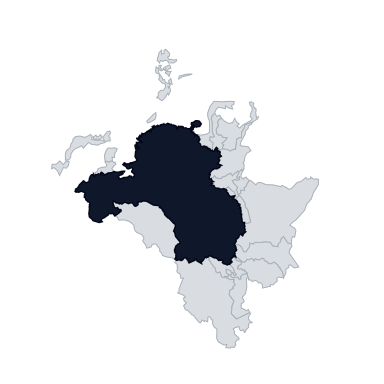 map of China with Kazakhstan, Uzbekistan, Thailand and 17 others greyed out, rotated 215°
{"feature_id": "CHN", "entity_name": "China", "entity_type": "country or territory", "adm_level": 0, "iso_a3": "CHN", "parent_name": "Asia", "parent_adm1": "", "projection": "albers", "projection_center": [106.815, 35.887], "detail": "fine", "context": "with_neighbors", "style": "filled", "palette": "ink", "viewbox_px": 384, "rotation_deg": 215, "n_neighbors": 20, "source": "natural_earth", "source_scale": "50m", "svg_char_len": 18962}
<svg xmlns="http://www.w3.org/2000/svg" viewBox="0 0 384 384"><g transform="rotate(215 192 192)"><path d="M166.5,127.0L164.1,129.1L161.9,129.1L160.9,132.9L159.1,134.3L154.3,131.8L150.7,138.2L143.5,138.9L144.1,146.2L142.0,146.7L141.6,148.9L140.0,147.9L139.1,146.1L130.7,143.1L129.6,143.2L126.3,140.3L124.5,140.6L123.3,142.7L119.4,139.8L117.5,139.7L116.3,141.1L109.9,142.4L107.7,144.6L106.7,144.2L106.7,142.2L103.3,140.6L104.0,137.4L102.8,136.8L104.6,133.2L102.6,129.2L94.9,126.6L94.1,122.2L90.0,114.9L82.7,113.6L75.6,126.5L74.3,125.9L74.1,122.2L72.9,120.3L69.7,119.3L68.0,119.8L68.3,118.9L69.8,117.8L70.0,116.4L68.0,113.5L68.8,109.8L68.0,108.1L68.6,107.0L70.7,108.7L72.3,106.3L74.6,107.0L76.4,108.7L78.8,105.7L79.6,103.4L77.2,102.1L75.8,100.1L69.7,99.3L68.9,98.0L70.2,96.5L70.3,93.3L68.6,92.3L68.3,88.9L71.2,87.3L71.0,86.2L75.1,83.9L76.0,87.2L77.8,85.0L84.4,84.3L87.8,86.2L93.0,94.1L96.1,94.0L99.6,95.8L101.6,99.1L102.7,98.4L105.8,100.1L107.2,98.7L104.7,94.6L107.7,94.0L107.7,92.9L110.3,93.0L109.9,89.9L111.4,89.2L120.1,91.8L121.5,91.4L127.5,92.5L130.0,91.8L133.7,94.1L133.0,98.0L135.7,98.0L138.1,100.2L137.2,102.1L139.5,102.6L146.3,101.1L145.1,102.0L147.2,105.7L149.8,116.5L151.6,114.9L154.4,117.9L158.2,117.8L159.3,118.8L160.0,121.3L161.6,122.4L162.3,124.2L165.6,124.4L166.5,127.0Z" fill="#d9dde1" stroke="#a8b0b8" stroke-width="1"/><path d="M75.6,126.5L82.7,113.6L90.0,114.9L94.1,122.2L94.9,126.6L102.6,129.2L104.6,133.2L102.8,136.8L104.0,137.4L103.3,140.6L106.7,142.2L106.7,144.2L107.7,144.6L109.9,142.4L116.3,141.1L116.9,141.8L113.8,143.3L115.2,145.5L117.5,145.3L120.0,148.4L115.5,149.8L112.4,148.4L112.4,147.2L113.6,145.7L109.7,145.1L105.7,148.7L103.5,147.6L102.1,148.9L103.8,150.6L103.3,153.6L100.2,156.7L96.8,154.4L97.8,152.2L92.8,145.9L89.9,139.5L90.4,135.1L89.9,134.1L87.0,132.8L86.4,131.6L87.5,128.6L85.1,125.0L81.9,125.9L79.1,126.0L78.5,128.0L75.6,126.5Z" fill="#d9dde1" stroke="#a8b0b8" stroke-width="1"/><path d="M210.0,269.3L206.3,268.7L201.2,269.2L198.5,272.2L199.3,276.8L195.7,274.9L192.3,274.8L193.1,271.9L189.6,271.7L189.0,275.7L184.8,284.1L184.9,286.8L187.6,287.1L189.1,290.6L189.6,293.7L191.8,295.9L194.4,296.5L196.5,298.5L195.0,299.9L192.2,300.1L191.9,298.3L188.6,296.5L187.8,297.1L186.2,295.6L185.6,293.8L181.7,289.7L180.8,291.8L180.2,289.7L182.4,284.1L187.1,277.2L185.8,273.7L185.7,269.8L182.6,264.7L184.0,264.1L185.6,260.9L180.6,251.8L182.2,251.2L184.3,247.2L186.9,247.3L191.4,245.0L193.0,246.3L193.0,248.7L195.6,249.0L194.4,253.0L194.3,256.4L198.4,254.3L199.5,255.1L201.8,255.0L202.6,253.7L205.5,254.1L208.3,257.3L208.4,261.0L211.5,264.4L211.3,267.6L210.0,269.3Z" fill="#d9dde1" stroke="#a8b0b8" stroke-width="1"/><path d="M218.6,269.6L215.1,268.2L213.3,270.8L210.0,269.3L211.3,267.6L211.5,264.4L208.4,261.0L208.3,257.3L205.5,254.1L202.6,253.7L201.8,255.0L199.5,255.1L198.4,254.3L194.3,256.4L194.4,253.0L195.6,249.0L193.0,248.7L193.0,246.3L191.4,245.0L192.3,243.7L195.6,241.3L195.9,242.3L197.8,242.5L197.5,238.0L199.4,237.5L203.0,244.3L207.5,244.5L208.9,247.9L206.5,248.8L205.3,250.2L209.8,252.6L215.3,260.5L218.3,263.1L219.3,265.8L218.6,269.6Z" fill="#d9dde1" stroke="#a8b0b8" stroke-width="1"/><path d="M191.4,245.0L186.9,247.3L184.3,247.2L182.2,251.2L180.6,251.8L185.6,260.9L184.0,264.1L182.6,264.7L185.7,269.8L185.8,273.7L187.1,277.2L182.4,284.1L182.2,281.3L183.7,278.6L182.5,276.3L183.2,272.3L181.7,270.2L180.6,260.8L179.2,257.5L171.8,261.3L167.4,259.6L169.3,255.0L168.9,251.4L166.6,246.6L167.2,245.3L165.1,244.5L162.9,241.0L163.1,237.9L164.3,238.7L164.8,235.9L166.7,235.3L166.5,233.6L167.5,232.4L168.2,228.4L170.9,229.6L172.9,226.6L173.3,224.7L175.6,221.7L175.8,219.4L180.5,217.2L182.9,218.2L182.9,215.7L184.1,215.1L184.0,213.6L186.0,213.5L187.0,215.9L188.4,217.0L187.8,223.2L184.2,226.2L183.4,230.8L187.2,230.5L187.8,234.2L190.0,235.1L188.7,238.2L192.8,240.7L195.6,239.7L195.6,241.3L192.3,243.7L191.4,245.0Z" fill="#d9dde1" stroke="#a8b0b8" stroke-width="1"/><path d="M206.2,283.3L209.7,281.9L214.0,281.7L212.3,279.4L219.1,276.6L219.5,272.1L218.6,269.6L219.3,265.8L218.3,263.1L215.3,260.5L209.8,252.6L205.3,250.2L206.5,248.8L208.9,247.9L207.5,244.5L203.0,244.3L199.4,237.5L201.4,236.7L207.9,236.5L211.0,234.4L212.7,235.9L216.0,236.6L215.4,238.9L217.2,240.5L220.9,241.5L216.0,244.8L212.8,248.4L212.0,251.1L218.4,260.1L222.0,262.5L224.4,265.5L226.4,272.4L226.0,278.9L218.0,283.9L214.6,286.9L209.4,290.3L208.0,287.9L209.2,285.4L206.2,283.3Z" fill="#d9dde1" stroke="#a8b0b8" stroke-width="1"/><path d="M281.2,148.8L284.1,151.3L283.0,151.3L281.5,154.4L282.3,157.2L279.9,160.6L277.1,162.9L277.1,165.2L280.4,166.9L280.2,167.9L276.9,169.1L276.1,171.1L274.7,171.6L273.1,171.1L272.1,172.4L271.8,171.7L270.1,171.0L271.2,168.6L270.8,167.9L271.1,165.6L270.8,165.0L267.5,164.1L269.4,161.2L272.1,158.4L273.5,155.3L275.1,156.2L277.6,155.9L276.7,153.9L280.6,151.3L281.2,148.8Z" fill="#d9dde1" stroke="#a8b0b8" stroke-width="1"/><path d="M274.7,171.6L276.1,171.1L276.9,169.1L280.2,167.9L280.4,166.9L284.0,170.9L285.3,173.3L286.3,177.8L285.7,180.2L283.1,181.6L281.0,183.7L278.2,184.6L277.5,182.5L277.4,179.5L275.3,175.7L277.4,174.6L274.7,171.6Z" fill="#d9dde1" stroke="#a8b0b8" stroke-width="1"/><path d="M167.6,126.9L170.3,126.7L175.7,124.2L179.8,123.0L181.8,124.5L184.4,124.9L185.8,126.9L191.9,128.7L194.6,126.2L193.8,123.9L196.7,120.1L199.4,121.9L204.5,123.7L204.8,126.6L208.3,128.3L214.0,127.2L216.5,127.7L219.0,129.6L220.6,131.6L226.3,132.0L231.9,130.1L235.5,127.1L237.0,127.4L238.5,128.6L241.5,128.0L239.0,135.1L239.8,136.6L241.3,136.0L243.9,136.3L245.8,134.7L248.0,135.7L250.7,138.1L250.6,139.5L248.5,139.3L244.7,140.3L242.9,141.6L241.2,144.4L237.2,146.3L234.6,148.5L230.2,147.6L228.9,150.3L230.3,153.0L226.5,156.7L223.2,158.2L219.0,158.4L214.4,159.8L211.0,161.9L209.8,160.6L206.3,160.5L202.2,157.9L199.4,157.2L195.6,157.5L186.7,155.9L185.3,153.3L184.5,149.6L182.8,148.9L179.8,146.1L173.2,143.8L172.5,142.0L174.2,137.6L172.9,134.2L169.5,132.1L167.7,129.7L167.6,126.9Z" fill="#d9dde1" stroke="#a8b0b8" stroke-width="1"/><path d="M184.0,213.6L184.1,215.1L182.9,215.7L182.9,218.2L180.5,217.2L175.8,219.4L175.6,221.7L173.3,224.7L172.9,226.6L170.9,229.6L168.2,228.4L167.5,232.4L166.5,233.6L166.7,235.3L164.8,235.9L163.8,229.5L162.8,229.4L161.9,231.8L160.2,229.5L161.6,227.4L163.3,227.5L165.4,224.4L163.5,223.4L157.0,221.9L157.1,219.2L155.5,218.7L153.1,216.5L151.4,218.9L153.5,221.4L151.1,222.5L150.0,223.7L152.0,225.2L151.0,227.4L151.7,230.5L151.7,233.7L150.9,235.1L143.8,234.5L143.5,237.4L141.1,239.2L135.3,240.6L130.1,244.1L122.5,247.3L122.1,249.0L116.2,249.9L114.4,249.6L112.5,252.1L111.4,260.1L108.8,263.0L107.1,269.1L105.0,268.7L102.5,270.8L103.4,272.4L99.4,272.3L97.4,274.3L95.5,274.8L92.7,270.4L92.1,260.9L90.3,254.7L91.0,247.5L89.3,241.5L90.8,229.0L92.3,224.6L92.9,220.9L87.0,221.2L84.7,219.9L82.0,213.8L84.1,213.1L83.7,211.3L81.0,206.6L84.2,205.1L91.5,207.9L92.0,204.5L90.9,202.0L91.6,199.0L90.1,196.5L95.1,194.0L98.8,195.7L103.5,193.0L106.8,189.9L111.2,187.1L112.0,184.4L115.4,183.1L113.5,180.4L113.4,173.8L115.4,172.7L119.7,175.1L123.2,175.6L127.1,173.3L129.0,178.7L127.8,181.8L128.5,184.1L127.8,186.0L125.7,184.9L125.4,189.3L131.5,196.5L129.0,197.7L126.8,201.0L136.0,209.2L140.5,210.8L142.0,213.2L148.5,215.8L151.4,216.3L152.6,210.7L154.8,210.3L154.5,214.2L157.3,216.2L159.6,215.9L165.3,217.0L165.9,214.6L164.7,213.2L167.5,213.1L170.9,210.6L175.1,208.6L177.8,209.9L180.4,208.5L181.7,211.1L180.4,212.6L184.0,213.6Z" fill="#d9dde1" stroke="#a8b0b8" stroke-width="1"/><path d="M164.8,235.9L164.3,238.7L163.1,237.9L162.9,241.0L161.8,234.9L160.7,232.5L157.4,231.8L157.5,233.4L156.0,235.4L154.6,234.3L153.9,234.9L151.7,233.7L151.7,230.5L151.0,227.4L152.0,225.2L150.0,223.7L151.1,222.5L153.5,221.4L151.4,218.9L153.1,216.5L155.5,218.7L157.1,219.2L157.0,221.9L163.5,223.4L165.4,224.4L163.3,227.5L161.6,227.4L160.2,229.5L161.9,231.8L162.8,229.4L163.8,229.5L164.8,235.9Z" fill="#d9dde1" stroke="#a8b0b8" stroke-width="1"/><path d="M163.3,211.9L165.9,214.6L165.3,217.0L159.6,215.9L157.3,216.2L154.5,214.2L154.6,213.4L157.3,210.9L159.3,210.2L163.3,211.9Z" fill="#d9dde1" stroke="#a8b0b8" stroke-width="1"/><path d="M152.6,210.7L151.4,216.3L148.5,215.8L142.0,213.2L140.5,210.8L136.0,209.2L126.8,201.0L129.0,197.7L133.1,196.0L135.4,197.8L138.1,201.1L139.8,202.1L140.5,204.2L142.9,205.6L145.2,207.9L152.6,210.7Z" fill="#d9dde1" stroke="#a8b0b8" stroke-width="1"/><path d="M127.1,173.3L123.2,175.6L119.7,175.1L115.4,172.7L113.4,173.8L113.5,180.4L115.4,183.1L112.0,184.4L111.2,187.1L106.8,189.9L103.5,193.0L98.8,195.7L95.1,194.0L90.1,196.5L91.6,199.0L90.9,202.0L92.0,204.5L91.5,207.9L84.2,205.1L81.0,206.6L78.9,204.7L79.0,201.7L77.7,197.9L61.5,191.9L64.7,188.4L70.1,188.7L70.6,187.0L69.3,185.7L70.8,182.5L68.6,179.5L67.8,174.1L72.0,178.4L75.3,179.3L76.9,180.6L77.9,180.1L79.9,181.4L84.6,181.6L86.0,178.5L88.6,177.2L90.8,178.1L91.6,177.2L94.1,177.7L95.1,178.5L96.7,177.9L97.4,175.6L99.6,173.9L101.8,173.7L101.6,170.8L104.4,172.0L105.7,170.9L106.1,169.4L108.2,168.4L108.4,164.6L110.7,163.6L121.2,164.5L122.7,167.0L122.7,170.2L127.1,173.3Z" fill="#d9dde1" stroke="#a8b0b8" stroke-width="1"/><path d="M96.8,154.4L98.4,155.1L100.8,157.5L103.4,157.2L104.0,158.3L105.6,156.9L107.3,157.7L108.8,155.9L110.5,155.1L111.7,156.5L111.0,157.5L111.8,158.0L110.4,161.1L111.0,162.7L113.7,162.4L116.1,161.3L121.0,163.3L121.2,164.5L110.7,163.6L108.4,164.6L108.2,168.4L106.1,169.4L105.7,170.9L104.4,172.0L101.6,170.8L101.8,173.7L99.6,173.9L97.4,175.6L96.7,177.9L95.1,178.5L94.1,177.7L91.6,177.2L90.8,178.1L88.6,177.2L86.0,178.5L84.6,181.6L79.9,181.4L77.9,180.1L76.9,180.6L75.3,179.3L72.0,178.4L67.8,174.1L72.1,172.2L73.0,169.8L71.1,168.1L72.4,162.4L74.6,161.1L73.6,159.9L79.1,153.8L81.3,156.5L83.6,157.1L85.0,155.7L87.5,156.2L89.6,155.8L91.4,153.1L94.1,153.5L95.1,152.4L96.8,154.4Z" fill="#d9dde1" stroke="#a8b0b8" stroke-width="1"/><path d="M100.2,156.7L103.3,153.6L103.8,150.6L102.1,148.9L103.5,147.6L105.7,148.7L109.7,145.1L113.6,145.7L112.4,147.2L112.4,148.4L113.6,148.7L112.1,149.5L109.4,147.7L108.3,149.7L111.4,150.6L114.4,153.1L119.9,154.4L119.4,158.2L120.4,158.1L121.9,159.5L121.0,163.3L116.1,161.3L113.7,162.4L111.0,162.7L110.4,161.1L111.8,158.0L111.0,157.5L111.7,156.5L110.5,155.1L108.8,155.9L107.3,157.7L105.6,156.9L104.0,158.3L103.4,157.2L100.8,157.5L100.2,156.7Z" fill="#d9dde1" stroke="#a8b0b8" stroke-width="1"/><path d="M116.3,141.1L117.5,139.7L119.4,139.8L123.3,142.7L124.5,140.6L126.3,140.3L129.6,143.2L130.7,143.1L139.1,146.1L140.0,147.9L141.6,148.9L140.9,149.7L136.0,150.5L134.6,151.8L130.9,151.1L129.1,153.2L126.3,151.8L124.1,151.9L120.9,152.8L121.0,153.8L119.9,154.4L114.4,153.1L111.4,150.6L108.3,149.7L109.4,147.7L112.1,149.5L113.6,148.7L115.5,149.8L120.0,148.4L117.5,145.3L115.2,145.5L113.8,143.3L116.9,141.8L116.3,141.1Z" fill="#d9dde1" stroke="#a8b0b8" stroke-width="1"/><path d="M269.7,224.0L268.2,232.9L267.1,236.3L264.8,233.3L264.0,230.5L265.6,226.4L268.0,223.0L269.7,224.0Z" fill="#d9dde1" stroke="#a8b0b8" stroke-width="1"/><path d="M274.4,272.8L270.0,268.7L273.4,268.4L275.0,269.5L274.4,272.8ZM280.3,281.3L281.8,279.0L281.9,276.7L284.1,276.1L283.8,278.6L286.2,274.6L286.4,278.1L283.2,283.4L280.3,281.3ZM296.2,280.0L298.9,287.3L298.2,290.8L296.0,287.5L294.4,289.6L296.2,292.0L295.3,293.9L290.0,292.7L288.4,290.4L289.3,288.4L286.4,287.2L285.4,288.9L283.4,289.1L280.6,291.6L279.8,290.6L280.9,287.4L285.4,284.2L287.1,285.6L290.1,284.1L290.5,282.3L293.3,281.7L292.6,279.0L296.2,280.0ZM264.6,284.9L259.5,288.9L261.2,286.2L266.1,280.8L267.8,276.9L268.9,279.8L264.6,284.9ZM275.1,249.7L274.8,251.4L276.5,253.9L276.0,257.2L273.9,258.8L273.7,261.9L275.1,264.7L277.2,264.8L278.8,264.1L284.1,265.3L284.0,267.4L285.5,268.1L285.4,269.8L282.0,268.6L280.2,266.9L279.4,268.4L276.6,266.6L273.1,267.6L271.0,267.1L271.0,265.5L272.1,264.4L270.8,263.7L270.5,265.1L268.2,263.2L267.4,261.7L266.8,258.1L268.5,259.1L268.1,253.2L268.9,249.6L271.2,249.3L273.6,250.0L274.6,248.8L275.1,249.7ZM277.9,275.3L277.0,273.6L279.6,274.4L282.2,274.0L282.3,275.5L278.3,278.9L277.9,275.3ZM291.3,270.2L293.2,274.0L289.9,273.7L291.6,276.9L289.8,278.1L289.2,275.6L288.0,275.6L286.9,273.5L289.3,273.4L289.0,272.0L286.1,269.6L289.9,269.0L291.3,270.2Z" fill="#d9dde1" stroke="#a8b0b8" stroke-width="1"/><path d="M318.5,153.4L317.3,158.2L318.7,162.0L318.7,165.4L319.9,167.1L319.3,170.3L316.1,173.4L310.9,175.4L307.9,181.0L305.4,180.2L304.4,177.4L299.4,179.7L296.2,182.5L292.6,183.5L296.5,185.5L296.1,192.6L294.4,194.8L292.5,193.6L292.4,190.0L290.2,189.3L288.3,186.9L290.9,185.0L292.0,182.2L294.5,179.4L296.1,176.2L301.8,173.4L305.2,173.3L306.2,165.5L308.7,166.7L312.9,159.5L313.1,154.3L311.1,150.2L311.5,147.4L314.1,145.7L317.5,150.4L318.5,153.4ZM319.1,132.8L320.3,130.5L322.5,134.4L319.1,137.0L318.2,141.6L313.0,140.6L313.0,145.2L310.0,146.3L308.4,142.7L308.7,139.4L311.4,138.2L310.0,129.6L314.5,132.3L319.1,132.8ZM297.3,184.0L298.4,181.3L300.3,181.2L301.1,179.3L303.6,179.5L304.4,180.7L303.3,183.5L301.7,182.6L300.3,183.9L300.1,186.4L297.8,185.9L297.3,184.0Z" fill="#d9dde1" stroke="#a8b0b8" stroke-width="1"/><path d="M220.6,241.6L219.8,241.1L218.3,241.3L216.9,240.0L215.8,239.8L215.4,237.8L216.2,236.7L213.9,236.0L212.8,236.1L210.8,234.5L209.3,235.2L208.6,236.5L207.5,236.9L206.6,236.5L205.9,237.5L204.7,236.5L204.3,237.2L203.6,236.5L202.4,237.7L200.6,236.5L199.3,237.9L197.8,237.4L197.0,238.2L197.7,239.9L197.6,242.5L195.8,242.3L195.3,240.1L193.5,241.1L191.8,240.9L191.1,238.8L188.5,238.1L189.9,235.0L187.6,234.0L187.2,231.1L187.8,230.3L185.6,230.2L183.2,230.7L183.9,229.6L183.4,227.9L184.2,227.1L184.6,225.6L187.8,223.4L187.5,222.6L188.0,222.2L188.3,220.2L188.3,216.7L187.6,216.3L187.1,216.7L186.6,214.3L185.2,212.8L184.8,212.7L184.0,213.8L181.6,212.6L180.5,212.7L181.7,211.4L181.3,210.2L180.2,210.6L180.3,210.0L181.1,209.4L180.1,208.5L177.8,209.9L175.3,208.5L172.2,210.4L170.4,210.6L168.1,212.4L168.0,213.0L165.6,213.5L164.4,213.2L164.6,212.5L163.4,211.7L162.5,212.0L158.9,210.1L157.3,210.8L154.8,213.4L154.5,212.5L155.0,210.6L154.5,210.2L150.9,210.6L149.3,210.2L147.8,208.8L146.9,209.3L146.2,208.4L145.5,209.1L144.8,207.5L142.9,206.9L143.3,205.9L142.1,205.7L140.5,204.0L140.4,202.7L138.6,202.4L137.6,200.4L135.0,197.9L134.7,196.8L132.7,196.2L131.4,197.1L130.4,195.3L129.0,194.3L129.1,193.4L127.0,191.7L126.4,190.1L125.2,190.2L125.9,187.6L125.4,185.2L126.5,185.2L126.9,186.3L128.0,186.0L128.4,183.3L127.8,181.8L128.1,179.7L129.2,178.9L127.5,176.9L127.3,174.4L127.7,173.5L124.9,172.4L123.8,171.3L123.7,170.6L122.5,170.5L122.0,169.4L122.6,168.2L122.6,167.0L121.4,166.3L121.4,165.6L118.9,163.8L121.4,163.5L121.0,162.5L121.8,159.4L120.6,157.9L119.7,158.1L119.1,157.6L119.8,154.3L120.7,154.1L120.8,153.2L121.5,152.4L124.2,152.1L124.4,151.5L126.6,151.6L126.6,153.0L128.4,153.4L130.8,151.3L134.3,152.1L135.3,151.2L136.5,150.8L141.2,150.1L141.6,147.6L142.9,147.1L142.7,146.4L143.9,146.2L143.7,142.3L144.1,140.5L144.6,140.0L143.2,138.9L148.5,138.4L149.0,139.3L150.5,139.9L151.0,138.8L150.4,137.9L153.7,132.3L156.1,133.7L157.8,134.1L158.0,134.7L160.0,134.2L160.6,133.6L160.8,131.0L161.6,129.6L163.9,129.2L165.2,127.2L167.6,127.4L167.6,128.1L167.2,128.4L167.9,129.3L167.6,129.8L168.8,130.7L168.9,131.4L169.9,132.4L171.1,132.5L173.0,134.3L174.2,138.9L173.7,140.0L173.8,140.9L172.5,142.8L172.9,144.2L179.9,146.2L182.9,148.9L184.6,149.4L184.4,150.4L185.0,150.8L185.6,153.5L186.8,155.9L189.2,155.9L195.5,157.3L197.0,157.0L201.2,157.8L203.0,159.4L205.6,160.1L207.4,161.2L209.7,160.7L209.7,161.6L211.1,161.9L216.2,159.2L223.5,158.5L226.5,157.1L228.1,154.7L230.6,153.1L229.0,150.6L229.5,148.8L230.3,147.8L231.7,147.7L232.5,148.4L235.0,148.8L236.3,147.8L237.4,146.0L240.5,145.5L241.8,144.3L242.5,142.0L244.6,141.5L244.8,140.6L245.6,140.8L248.4,139.5L249.8,139.9L251.2,139.5L251.2,138.8L250.5,137.7L246.9,134.9L245.0,135.1L244.1,136.5L242.4,135.8L241.1,136.0L240.3,136.7L239.4,136.1L239.1,135.1L239.8,134.6L239.7,133.3L241.5,128.2L244.6,129.1L246.0,127.7L247.9,126.6L248.0,125.7L247.5,125.3L249.2,120.5L250.6,118.3L250.1,116.6L248.5,116.2L250.5,113.8L256.6,111.8L259.8,112.9L260.3,112.5L261.8,112.8L264.0,115.1L266.4,119.5L267.6,120.8L268.0,122.1L268.7,122.5L268.9,124.1L270.2,124.7L272.0,124.2L273.1,124.9L274.1,124.6L276.3,126.1L277.3,126.0L277.5,126.9L278.4,127.8L278.5,129.0L279.5,130.1L283.2,129.1L284.5,127.1L287.2,125.3L288.2,125.5L288.2,126.5L289.0,127.5L288.0,129.5L288.3,133.7L287.8,135.3L287.9,136.4L287.3,137.0L287.5,138.5L287.1,139.0L284.0,138.6L283.2,140.2L282.1,141.0L283.6,143.8L284.3,146.5L284.2,148.4L282.6,149.5L283.1,149.8L283.1,150.2L282.1,149.6L281.9,149.0L280.9,148.8L280.9,151.1L279.8,151.5L279.1,153.2L276.7,153.9L277.7,155.3L277.5,156.2L274.6,156.2L273.8,155.4L273.2,155.8L271.7,159.3L268.9,161.7L267.5,164.1L265.7,164.6L263.5,166.1L261.4,168.7L260.5,169.0L260.5,169.5L259.1,170.3L258.9,169.6L260.4,168.6L260.2,168.1L260.7,167.4L259.1,167.6L259.0,167.0L259.6,166.5L259.5,165.7L260.3,165.2L261.3,162.8L259.8,161.1L259.6,161.7L257.9,161.7L256.3,164.6L253.4,166.9L252.4,169.4L250.5,170.1L249.6,169.5L248.9,170.0L248.4,171.8L248.9,172.8L250.0,173.7L252.9,173.9L253.5,175.2L253.3,176.7L254.4,177.4L255.8,177.1L257.0,174.8L258.4,174.0L261.3,175.1L262.5,174.6L264.4,174.9L264.0,176.3L264.3,176.7L263.8,177.3L262.5,177.0L260.0,178.7L259.3,178.7L259.6,179.5L259.1,179.7L259.0,180.8L258.3,181.2L258.0,180.6L257.6,180.7L257.3,181.1L258.0,181.5L255.7,184.6L255.1,186.5L258.9,188.3L261.5,193.0L261.6,194.5L263.3,195.2L263.8,196.2L265.2,197.0L265.4,197.8L265.1,197.8L263.7,197.4L262.4,197.5L260.9,196.8L259.4,197.7L261.5,197.2L261.9,197.8L265.0,199.4L265.7,200.3L265.9,200.8L264.5,201.6L263.0,203.4L261.6,203.6L260.8,204.3L261.7,203.9L262.3,204.5L264.3,203.6L265.8,204.6L267.2,204.9L265.6,206.7L266.7,205.9L267.1,206.4L267.1,207.8L266.4,207.5L265.6,208.1L266.5,208.7L266.0,208.8L266.5,209.1L265.9,210.0L266.6,211.3L265.5,211.7L265.0,211.4L264.5,212.6L263.8,212.8L264.2,213.2L263.5,214.6L263.7,215.2L262.2,218.5L261.6,218.7L261.3,217.8L261.0,218.3L260.5,218.2L261.8,219.8L260.5,221.1L259.3,220.9L260.1,221.5L261.0,221.2L261.4,223.6L259.8,223.5L260.3,224.4L259.2,224.6L259.1,225.7L258.2,226.2L258.3,227.0L256.3,227.2L255.5,227.9L256.4,228.7L255.0,230.5L254.5,230.5L254.2,231.5L253.9,231.1L253.2,231.7L252.6,231.5L251.2,234.4L248.3,235.0L247.8,235.6L246.7,235.3L245.5,236.2L244.7,235.7L244.5,236.6L242.5,236.8L241.0,235.5L240.9,234.5L240.6,234.6L239.9,235.4L240.8,236.6L240.9,238.0L239.5,238.7L239.2,238.2L238.8,239.4L237.5,240.0L236.6,239.3L236.5,240.2L235.1,239.8L233.9,241.0L231.8,241.3L230.2,242.5L229.6,242.1L228.7,243.6L229.5,244.0L229.3,244.7L230.1,245.2L229.5,246.1L227.7,245.9L228.1,245.6L226.9,243.8L227.8,241.6L226.4,240.8L226.4,241.4L224.9,241.9L224.7,241.2L223.5,241.1L222.4,240.1L222.5,241.1L221.9,240.9L220.6,241.6ZM231.5,247.2L232.1,248.5L230.7,249.9L230.1,252.1L228.7,253.3L226.6,254.2L223.5,253.1L223.3,250.1L225.5,248.3L225.2,248.3L225.5,247.8L228.9,247.1L230.4,247.3L230.6,246.7L231.5,247.2ZM265.5,198.6L264.4,198.5L263.3,197.7L264.1,197.7L265.5,198.6ZM267.9,204.4L267.0,204.3L266.7,203.8L267.8,204.0L267.9,204.4ZM262.0,222.7L261.6,223.4L261.6,222.6L262.0,222.7ZM229.1,243.4L230.0,243.0L230.0,243.5L229.1,243.4Z" fill="#0f172a" stroke="#020617" stroke-width="1.5"/></g></svg>